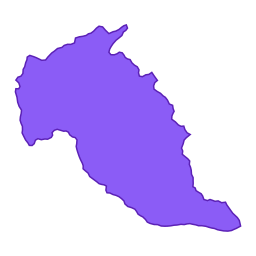 outline of Marilândia, Espírito Santo, Brazil
{"feature_id": "56859067B58826799202439", "entity_name": "Marilândia", "entity_type": "district", "adm_level": 2, "iso_a3": "BRA", "parent_name": "Brazil", "parent_adm1": "Espírito Santo", "projection": "mercator", "projection_center": [-40.514, -19.428], "detail": "fine", "context": "isolated", "style": "filled", "palette": "violet", "viewbox_px": 256, "rotation_deg": 0, "n_neighbors": 0, "source": "geoboundaries", "source_scale": "gbopen_adm2", "svg_char_len": 2802}
<svg xmlns="http://www.w3.org/2000/svg" viewBox="0 0 256 256"><path d="M240.6,226.1L239.3,220.4L237.3,217.5L232.7,213.2L230.7,210.4L226.8,204.9L225.5,202.2L221.6,202.7L218.2,200.9L215.0,201.3L212.4,200.3L210.0,199.5L207.5,200.6L203.9,199.5L202.6,195.9L201.1,193.7L198.8,192.4L196.0,190.6L195.2,188.0L192.9,186.7L193.2,183.5L193.1,180.6L193.1,177.6L191.5,174.3L191.2,170.1L190.5,167.2L189.3,164.4L189.7,161.0L187.8,158.8L184.7,156.3L182.3,154.3L182.7,151.0L181.5,148.1L183.2,143.7L184.1,140.1L186.2,137.8L190.2,134.5L187.1,132.8L184.9,129.6L183.8,126.1L181.0,126.3L178.4,125.0L175.4,121.9L171.7,119.2L171.9,116.0L172.9,113.6L174.1,111.3L173.1,108.6L172.6,105.3L169.3,104.0L167.5,100.2L165.3,97.3L163.1,95.9L160.5,93.3L157.1,91.4L154.0,89.1L153.6,85.9L154.8,82.6L157.4,80.4L155.5,77.8L154.0,75.7L151.8,72.4L148.9,74.4L145.8,74.8L142.4,76.7L139.4,76.1L138.5,72.8L139.0,69.9L137.3,66.8L134.5,65.2L132.0,62.9L130.1,59.6L127.4,58.9L125.2,57.4L123.9,55.0L122.2,52.8L119.3,52.2L117.0,53.8L114.2,54.8L110.9,54.7L108.9,52.3L109.7,49.1L111.2,46.4L113.1,43.6L116.1,40.2L118.9,38.0L121.9,35.5L123.4,32.0L125.8,30.4L127.5,28.1L126.3,24.9L123.9,25.7L121.7,27.2L119.1,29.4L115.8,31.1L113.1,31.7L108.9,33.6L105.4,30.2L102.6,26.9L99.0,26.2L96.5,28.1L93.6,31.2L90.9,33.2L88.4,33.8L86.3,35.4L82.8,36.3L79.3,36.8L75.5,38.0L74.5,42.9L70.8,44.4L67.6,44.3L64.2,45.4L62.0,47.4L57.5,48.5L54.3,51.2L51.7,53.0L47.9,57.0L45.6,60.0L41.7,60.3L36.3,57.7L33.8,56.7L29.8,55.4L27.2,57.1L26.9,59.8L25.7,62.7L24.7,66.8L23.2,69.3L22.9,73.5L20.9,76.2L17.9,77.2L15.9,80.1L18.8,82.9L20.0,86.6L18.7,88.8L15.9,88.7L15.4,91.9L17.0,97.3L17.7,102.3L19.2,106.5L21.5,110.1L21.2,113.4L20.4,116.8L20.1,120.2L21.1,123.4L22.4,126.3L22.5,130.0L22.1,132.9L23.7,136.2L25.6,140.0L27.9,142.9L29.3,145.4L32.1,145.5L34.2,143.7L35.4,140.2L37.9,138.7L41.3,139.7L44.9,139.0L47.7,139.2L51.3,137.4L52.6,135.2L52.1,132.6L54.3,130.3L57.2,129.3L60.6,130.3L63.6,131.2L66.1,131.0L68.4,132.2L69.7,134.8L72.4,136.9L75.3,137.6L77.0,140.0L76.7,143.8L76.2,146.4L76.8,149.1L77.6,151.8L78.4,154.2L79.4,157.0L80.6,159.8L82.3,163.2L83.2,165.8L83.1,168.8L85.2,170.7L88.1,173.1L89.7,176.5L92.5,178.6L96.7,181.7L99.1,183.7L101.5,184.4L104.3,184.9L106.4,186.1L105.9,190.2L107.0,192.8L109.9,193.0L112.9,194.5L116.1,195.4L119.0,196.7L121.6,198.7L124.0,201.0L124.9,203.9L127.8,206.5L131.7,207.7L134.9,209.2L136.6,211.5L138.1,214.2L140.6,215.8L142.8,216.9L145.5,219.5L147.3,222.1L150.0,223.4L154.1,224.5L157.6,224.6L161.2,226.0L164.8,226.2L167.7,226.1L170.8,225.8L174.1,225.2L177.1,225.0L181.0,224.3L184.2,224.6L187.0,223.9L189.9,223.6L192.3,224.2L196.0,224.9L198.4,225.7L201.8,225.7L205.9,226.3L209.0,227.3L211.6,228.0L214.5,228.5L217.5,229.7L219.8,230.2L223.7,230.9L227.9,231.1L231.6,230.5L233.9,229.4L236.3,228.4L240.6,226.1Z" fill="#8b5cf6" stroke="#5b21b6" stroke-width="1.5"/></svg>